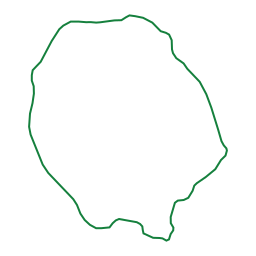 the district of Con Co, Vietnam
{"feature_id": "81297802B79612246152029", "entity_name": "Con Co", "entity_type": "district", "adm_level": 2, "iso_a3": "VNM", "parent_name": "Vietnam", "parent_adm1": "", "projection": "natural_earth1", "projection_center": [107.34, 17.158], "detail": "fine", "context": "isolated", "style": "outline", "palette": "green", "viewbox_px": 256, "rotation_deg": 0, "n_neighbors": 0, "source": "geoboundaries", "source_scale": "gbopen_adm2", "svg_char_len": 1084}
<svg xmlns="http://www.w3.org/2000/svg" viewBox="0 0 256 256"><path d="M96.2,22.6L90.5,22.1L86.2,22.2L78.7,21.6L70.7,21.6L63.3,25.6L59.3,29.2L51.7,41.0L40.7,61.8L36.1,66.6L32.7,70.2L31.8,75.2L31.8,80.6L33.7,86.2L33.9,93.6L32.5,103.2L30.0,113.6L29.1,126.8L30.6,134.6L42.7,164.6L48.3,173.0L73.3,199.2L77.0,205.0L80.4,213.6L84.7,220.0L89.9,224.8L96.1,228.2L101.3,228.2L109.5,227.4L112.7,223.2L115.8,220.4L119.0,219.0L136.8,222.2L140.1,224.0L142.3,226.4L142.8,230.2L143.5,233.4L153.1,237.8L159.6,238.0L162.5,238.4L166.4,240.6L169.0,239.4L169.6,237.4L170.7,234.0L173.2,230.4L173.4,227.6L170.8,223.2L170.7,217.0L174.9,202.8L177.8,200.6L183.7,200.0L188.3,197.8L192.6,190.8L194.3,185.6L196.8,183.2L205.8,177.0L215.3,169.2L221.0,160.0L225.5,155.6L226.9,150.6L226.4,148.4L223.8,145.4L221.5,141.2L218.2,129.8L211.3,107.6L206.3,94.2L199.7,81.8L187.3,68.8L183.6,63.4L176.3,58.2L173.0,53.2L172.0,49.4L171.7,40.2L169.1,34.6L165.9,32.8L160.7,31.2L152.3,22.6L143.1,17.8L135.3,16.2L129.5,15.4L126.1,17.2L121.4,20.2L114.4,20.4L100.1,22.3L96.2,22.6Z" fill="none" stroke="#15803d" stroke-width="2"/></svg>